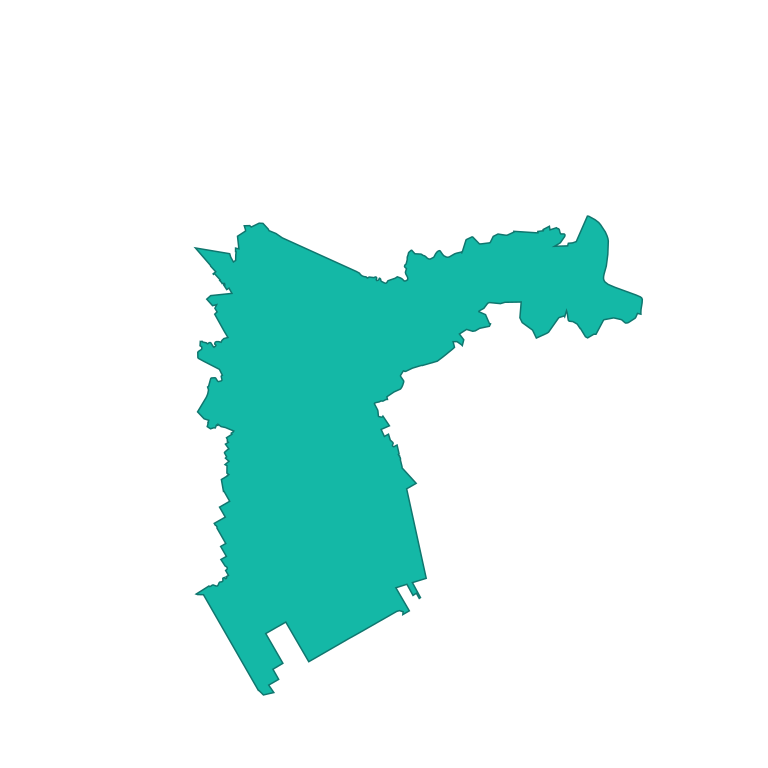 Ebano, San Luis Potosí, Mexico, rotated 240°
{"feature_id": "50627088B88107705873369", "entity_name": "Ebano", "entity_type": "district", "adm_level": 2, "iso_a3": "MEX", "parent_name": "Mexico", "parent_adm1": "San Luis Potosí", "projection": "albers", "projection_center": [-98.486, 22.169], "detail": "fine", "context": "isolated", "style": "filled", "palette": "teal", "viewbox_px": 768, "rotation_deg": 240, "n_neighbors": 0, "source": "geoboundaries", "source_scale": "gbopen_adm2", "svg_char_len": 6171}
<svg xmlns="http://www.w3.org/2000/svg" viewBox="0 0 768 768"><g transform="rotate(240 384 384)"><path d="M316.0,641.4L317.5,642.2L320.1,643.9L325.1,648.0L328.1,650.0L329.7,650.2L331.2,649.6L335.0,646.8L352.2,632.4L358.2,627.9L361.9,626.4L363.7,626.3L365.7,626.9L367.5,628.1L369.2,629.6L375.0,635.5L384.3,642.6L395.6,649.7L397.9,650.6L400.5,651.2L405.0,651.7L413.6,651.2L416.4,650.7L420.6,649.0L426.9,645.2L427.7,644.1L411.2,621.7L411.9,617.9L413.7,614.0L411.8,612.1L418.0,600.5L418.1,607.1L418.3,607.7L421.3,614.1L421.9,614.8L422.7,615.3L423.6,615.2L424.1,614.7L425.5,612.2L427.1,612.1L429.7,612.9L430.8,612.9L431.4,612.6L431.8,612.0L433.1,611.5L434.5,604.8L437.9,606.1L438.2,599.3L437.8,599.2L437.9,598.8L437.1,598.5L439.2,593.5L438.0,593.0L438.6,591.8L451.3,572.8L450.6,572.5L451.3,564.9L452.3,563.4L456.9,557.7L457.2,552.4L453.6,547.0L453.4,546.4L453.5,545.9L456.9,537.9L457.6,536.7L466.8,534.4L467.4,533.8L467.9,527.5L467.7,527.0L459.5,518.1L459.6,517.7L458.8,516.9L459.7,516.6L461.0,512.3L461.4,510.3L461.4,504.1L461.7,503.1L462.2,502.1L462.9,501.4L465.2,499.9L467.3,499.5L471.1,499.2L471.6,498.9L471.9,498.3L472.0,496.7L471.7,495.5L470.9,493.7L469.1,490.9L468.9,490.3L469.1,486.4L470.1,485.1L471.8,484.2L472.6,484.1L474.6,483.3L476.0,482.0L477.5,481.4L478.2,480.7L481.3,475.9L485.9,474.9L486.2,474.4L485.7,471.7L485.3,470.8L483.7,469.3L482.3,467.6L480.0,466.2L476.9,463.2L476.6,461.7L475.7,460.6L474.5,460.5L473.2,461.0L472.6,461.1L470.1,458.4L468.5,457.9L464.9,457.8L463.5,457.4L462.5,456.6L462.4,454.4L463.1,453.0L465.8,452.3L467.5,451.4L470.2,449.1L470.0,446.7L471.4,439.3L471.3,438.6L470.5,437.4L470.3,436.5L470.5,435.7L471.0,435.1L474.3,433.0L475.1,433.0L476.5,433.5L477.5,433.3L477.9,432.9L477.8,432.6L477.1,432.0L476.8,431.1L477.0,429.9L477.3,429.4L478.3,429.4L479.3,430.6L479.9,430.8L480.4,430.7L480.8,430.3L481.1,429.9L481.1,428.6L484.0,424.7L484.1,423.9L484.0,422.8L484.5,422.4L485.8,422.0L487.1,420.3L488.6,419.1L490.6,418.3L492.2,418.2L495.3,416.3L561.4,369.0L568.3,365.7L574.3,361.1L576.1,361.2L583.6,359.5L585.7,356.3L586.3,347.5L588.3,346.9L590.9,342.1L587.0,341.2L585.7,340.6L585.2,331.0L573.6,325.9L575.9,323.4L572.8,321.6L572.3,322.0L570.1,320.3L565.2,317.3L565.0,314.6L570.5,314.7L574.0,315.5L596.1,288.7L573.6,293.0L572.7,292.8L565.3,294.4L564.8,291.1L564.2,291.2L564.4,292.4L556.0,294.2L555.9,293.5L552.4,294.2L552.0,294.0L551.3,295.3L550.8,295.1L550.7,296.1L549.3,295.7L549.5,294.7L544.4,295.0L544.5,297.7L538.5,297.6L547.2,278.1L546.1,272.9L537.5,274.7L536.4,278.8L534.1,275.4L529.9,275.5L529.1,272.3L510.0,272.0L502.3,272.1L503.4,268.1L502.8,265.5L501.6,263.7L503.3,262.1L503.7,261.5L504.5,260.0L504.6,258.9L503.9,257.8L503.3,257.4L502.9,257.4L502.2,257.9L501.5,257.8L500.9,256.8L501.1,255.7L500.8,255.1L501.5,254.8L506.3,254.6L506.8,254.2L507.2,253.3L507.0,251.5L507.3,251.1L508.5,250.7L510.9,248.1L512.0,247.8L512.3,246.6L512.7,246.2L509.1,243.8L507.4,244.7L506.0,244.1L505.5,243.7L505.2,243.1L505.0,239.6L504.6,238.6L500.1,236.1L499.4,236.0L498.8,236.2L493.4,239.5L479.0,248.8L472.4,248.4L472.3,247.2L472.0,246.8L468.7,245.8L468.3,245.5L468.1,244.6L468.3,243.7L468.9,241.8L469.3,241.5L469.8,241.3L473.2,241.2L473.9,240.8L475.5,237.6L475.5,237.0L475.2,236.5L469.8,231.0L469.6,229.7L467.1,229.2L466.3,228.8L463.6,226.4L462.7,225.3L461.3,223.4L453.1,208.6L443.8,210.8L440.2,214.1L438.5,212.1L438.2,212.4L435.5,209.6L431.9,211.4L431.2,214.8L430.3,215.9L432.2,218.4L431.3,219.3L432.1,220.1L428.6,221.6L425.6,224.9L418.4,230.4L417.9,229.6L417.8,227.1L416.5,227.1L416.2,220.7L414.1,220.6L412.9,219.7L411.3,220.0L411.2,216.6L405.4,217.2L405.4,215.5L405.1,214.6L404.8,212.5L404.2,211.4L399.6,211.3L399.1,209.6L394.6,211.1L393.7,206.0L391.7,207.2L385.4,203.4L383.1,204.3L383.1,202.6L382.7,202.6L382.6,195.4L371.3,191.3L371.2,191.8L359.6,191.7L359.6,180.0L348.1,180.0L348.2,167.3L346.0,167.3L345.2,167.9L343.6,167.9L342.7,167.3L325.0,167.2L325.0,161.3L313.5,161.3L313.6,155.0L305.8,155.4L304.5,156.2L303.4,156.4L302.8,156.1L302.1,155.5L301.7,153.6L296.0,153.6L296.0,150.9L294.8,150.9L294.5,150.3L294.5,149.9L294.6,149.5L295.0,149.3L296.2,149.1L296.4,147.5L295.9,146.9L294.8,146.6L294.0,145.9L293.8,144.7L294.6,142.6L294.3,141.8L292.6,139.5L292.5,138.9L292.5,138.3L293.1,137.5L295.4,135.6L295.7,134.7L295.5,132.8L295.7,131.8L296.6,131.4L296.0,116.3L294.9,117.2L291.8,122.3L181.4,122.0L180.9,122.5L175.0,124.1L171.9,134.3L180.9,133.6L180.9,145.1L192.5,145.2L192.7,156.8L227.0,156.8L227.0,168.4L226.9,179.9L181.1,180.0L181.1,226.1L180.9,237.6L180.7,281.4L180.0,284.1L177.2,286.7L174.9,285.0L174.9,292.5L201.6,292.4L199.1,303.7L186.4,303.4L186.6,307.4L180.7,307.3L180.8,308.8L197.8,309.3L194.6,323.4L281.9,351.2L281.9,362.2L302.3,357.7L303.4,358.3L310.3,360.3L310.7,360.8L312.0,361.2L312.6,361.1L313.9,361.5L314.0,361.2L315.8,361.2L315.9,362.1L324.6,364.8L324.7,363.7L324.7,361.5L325.0,360.8L326.0,360.4L326.8,360.7L328.1,362.3L329.0,362.4L332.3,361.4L338.3,362.8L338.4,358.1L346.1,358.8L345.1,367.8L356.7,367.0L356.3,366.2L356.4,365.4L358.2,363.4L359.0,363.1L363.6,365.2L364.7,365.5L371.7,365.8L372.1,366.3L371.9,367.8L370.9,370.9L370.8,373.0L370.1,373.8L369.7,374.7L369.6,377.9L368.9,379.3L371.5,380.1L372.1,388.7L371.4,395.7L371.6,396.3L372.4,397.9L373.7,399.7L375.8,402.0L376.4,402.4L376.9,402.6L382.2,402.2L382.8,402.3L383.4,403.0L385.6,407.2L385.6,407.6L384.6,408.2L384.1,409.0L383.5,416.6L381.4,425.7L380.9,426.3L377.1,441.6L378.0,448.8L379.9,460.7L380.5,463.4L386.1,465.0L384.2,468.4L379.3,470.7L378.1,471.0L382.4,475.2L389.6,474.3L390.0,482.8L385.3,487.2L384.4,489.6L384.4,494.7L381.3,504.1L382.8,506.3L383.8,505.5L393.3,506.6L399.2,502.3L399.7,502.9L399.6,508.3L401.8,513.5L402.1,514.8L401.7,516.2L395.4,525.0L394.3,529.6L386.4,543.8L373.4,534.8L368.1,534.4L356.4,539.6L347.6,538.9L346.5,550.4L346.6,552.4L353.9,568.2L354.0,569.0L352.8,574.1L351.9,574.1L356.2,578.7L353.4,578.0L349.0,576.2L347.0,575.5L345.8,575.8L343.6,578.8L339.2,581.3L334.0,581.6L333.9,581.9L324.2,582.1L322.1,583.4L322.2,590.6L321.1,592.5L329.4,605.8L329.6,606.3L329.6,606.9L326.4,616.0L321.2,621.6L320.6,622.0L316.7,623.3L315.9,623.8L315.2,625.4L315.0,626.4L315.4,634.3L315.8,635.3L318.4,638.8L316.0,641.4Z" fill="#14b8a6" stroke="#0f766e" stroke-width="1.5"/></g></svg>